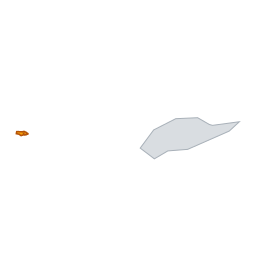 Ngerchol, Peleliu, Palau shown in context, rotated 57°
{"feature_id": "81905179B42625934985566", "entity_name": "Ngerchol", "entity_type": "district", "adm_level": 2, "iso_a3": "PLW", "parent_name": "Palau", "parent_adm1": "Peleliu", "projection": "orthographic", "projection_center": [134.258, 7.032], "detail": "fine", "context": "in_parent", "style": "filled", "palette": "amber", "viewbox_px": 256, "rotation_deg": 57, "n_neighbors": 0, "source": "geoboundaries", "source_scale": "gbopen_adm2", "svg_char_len": 1700}
<svg xmlns="http://www.w3.org/2000/svg" viewBox="0 0 256 256"><g transform="rotate(57 128 128)"><path d="M168.2,122.7L151.5,128.7L143.6,107.5L146.2,82.9L157.3,64.0L169.3,57.9L171.8,55.7L183.4,31.2L185.7,44.7L178.4,89.6L168.9,107.1L168.2,122.7Z" fill="#d9dde1" stroke="#a8b0b8" stroke-width="1"/><path d="M72.0,224.8L72.1,224.7L72.3,224.4L72.3,224.2L72.5,224.1L72.6,223.9L72.8,223.8L73.1,223.7L73.3,223.5L73.3,223.4L73.5,223.2L73.7,222.9L73.8,222.7L74.0,222.6L74.3,222.6L74.5,222.6L74.8,222.4L75.1,222.3L75.2,222.2L75.3,222.2L75.5,222.1L75.8,222.1L76.0,221.9L76.2,221.7L76.3,221.6L76.3,221.4L76.3,221.2L76.3,220.9L76.4,220.7L76.5,220.6L76.6,220.4L76.6,220.2L76.7,219.8L76.7,219.6L76.8,219.5L76.7,219.3L76.2,219.0L76.1,218.9L76.1,218.7L75.9,218.7L75.7,218.6L75.8,218.5L76.0,218.7L76.2,218.8L76.1,218.7L76.1,218.8L76.3,218.9L76.7,219.1L76.9,219.1L77.2,218.8L77.4,218.7L77.7,218.4L77.8,218.3L77.7,218.1L77.7,217.9L77.7,217.6L77.8,217.5L77.9,217.4L77.9,217.2L78.0,216.9L78.0,216.7L78.0,216.4L78.0,216.2L78.1,215.9L78.2,215.7L78.3,215.8L78.3,215.7L78.5,215.6L78.6,215.4L78.6,215.2L78.4,215.0L78.2,215.0L77.9,215.1L77.7,215.1L77.6,215.3L77.3,215.4L77.2,215.6L76.9,215.8L76.7,215.8L76.6,215.7L76.4,215.7L76.2,215.7L76.1,215.8L75.9,215.9L75.8,216.0L75.7,216.1L75.5,216.3L75.4,216.3L75.2,216.4L75.1,216.5L74.9,216.6L74.7,216.6L74.4,216.9L74.3,217.0L74.1,217.6L74.0,217.9L73.9,217.9L73.9,218.0L73.7,218.4L73.6,218.7L73.5,218.8L73.4,218.9L73.3,219.2L73.2,219.3L72.9,219.7L72.7,220.1L72.3,220.6L72.2,220.9L72.1,221.0L71.9,221.2L71.8,221.3L71.6,221.5L71.4,221.7L71.3,221.8L71.1,222.2L70.9,222.6L70.6,222.9L70.5,223.1L70.4,223.3L71.6,224.5L72.0,224.8Z" fill="#f59e0b" stroke="#b45309" stroke-width="1.5"/></g></svg>